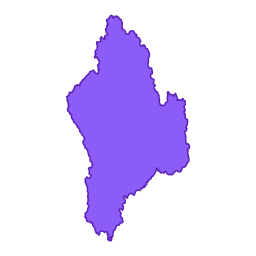 Puta-O, Kachin, Myanmar (Equal Earth projection)
{"feature_id": "60261553B82845282425117", "entity_name": "Puta-O", "entity_type": "district", "adm_level": 2, "iso_a3": "MMR", "parent_name": "Myanmar", "parent_adm1": "Kachin", "projection": "equal_earth", "projection_center": [97.732, 27.257], "detail": "fine", "context": "isolated", "style": "filled", "palette": "violet", "viewbox_px": 256, "rotation_deg": 0, "n_neighbors": 0, "source": "geoboundaries", "source_scale": "gbopen_adm2", "svg_char_len": 5755}
<svg xmlns="http://www.w3.org/2000/svg" viewBox="0 0 256 256"><path d="M186.3,165.4L187.4,162.6L188.7,161.3L188.9,160.3L188.7,156.9L187.6,153.5L188.1,150.8L187.4,149.9L188.0,148.9L189.3,148.3L189.4,145.5L187.7,143.6L186.8,144.1L186.0,143.4L185.6,138.7L185.9,137.8L185.3,134.2L184.6,132.6L185.1,131.3L186.6,130.6L186.2,129.6L186.9,128.4L186.1,127.7L186.1,126.4L187.2,124.9L187.1,124.0L187.7,121.6L187.6,121.0L187.2,120.6L187.3,119.4L185.4,118.4L184.9,116.8L185.3,115.9L185.2,113.8L184.1,113.1L184.3,111.1L185.2,110.7L185.0,109.3L184.1,107.6L184.3,105.4L185.3,104.6L184.9,103.0L185.2,101.7L185.1,100.9L184.1,100.6L183.2,99.0L182.8,98.7L182.0,99.1L181.7,100.6L179.0,99.6L178.4,99.6L178.3,100.3L177.6,100.5L177.3,100.2L177.4,98.7L175.7,93.7L175.3,93.5L174.3,94.5L174.3,95.7L173.8,95.9L173.1,95.4L172.6,95.6L172.1,94.7L169.9,94.3L169.1,92.8L168.2,91.8L167.7,91.9L167.3,92.7L167.8,94.7L167.2,98.0L167.6,100.3L167.3,101.8L165.3,103.0L164.8,104.8L163.6,105.7L162.0,105.0L161.2,105.5L160.0,104.5L160.0,103.7L159.4,102.5L159.4,98.8L158.8,97.0L158.9,95.0L158.1,94.6L157.8,92.8L157.3,92.1L156.7,92.3L156.4,91.3L154.7,89.7L154.4,88.5L153.8,88.0L154.0,86.9L154.5,86.2L155.2,85.9L155.3,85.4L154.5,84.4L153.5,83.8L153.4,82.2L153.9,81.0L153.9,79.3L152.6,79.0L151.0,77.6L150.3,75.7L150.7,75.3L151.1,73.8L152.3,73.7L152.3,71.2L151.5,68.1L149.1,67.9L148.1,66.0L147.9,63.5L148.4,62.6L148.6,60.9L148.2,60.2L148.2,59.0L148.9,57.6L149.6,54.2L148.0,50.0L147.0,48.6L145.3,48.0L145.1,46.0L144.2,45.0L142.4,45.2L142.6,46.1L141.2,46.3L139.9,44.7L139.6,44.0L140.1,42.0L140.7,41.4L139.8,39.0L138.6,37.5L137.4,37.4L136.3,36.7L136.2,36.2L136.8,35.5L136.7,34.9L136.4,34.4L136.0,34.5L135.3,34.0L133.2,30.8L130.6,31.0L129.2,32.2L129.0,34.1L125.8,33.8L125.5,31.7L124.2,30.1L123.5,29.8L122.1,28.4L122.0,27.9L122.4,27.0L122.0,25.9L122.2,22.8L121.1,19.5L119.1,18.8L118.8,17.3L117.7,17.1L117.0,16.1L116.5,16.5L115.1,16.2L114.5,17.4L113.3,17.8L112.6,17.5L113.0,16.9L112.3,15.8L111.4,15.4L110.7,15.6L109.7,17.1L109.1,17.4L108.7,18.6L108.0,19.2L108.0,19.5L106.8,19.5L106.6,19.9L106.9,21.9L107.4,23.3L108.1,24.1L106.9,25.2L106.7,26.0L107.1,26.6L106.7,28.0L105.5,29.1L105.5,29.5L106.6,33.1L107.9,34.2L106.8,35.4L105.5,35.4L104.7,36.3L104.5,37.2L105.3,38.5L104.8,38.5L104.2,39.3L102.3,38.0L101.7,36.9L101.2,37.1L100.2,38.6L101.0,40.7L100.8,41.1L99.2,42.2L97.7,41.8L96.8,42.0L96.6,44.3L97.6,45.5L97.1,47.2L97.3,48.6L96.9,49.7L95.6,50.4L95.2,50.9L95.4,51.7L95.2,52.8L95.8,53.8L95.3,54.0L95.5,55.2L94.8,56.1L94.4,57.3L94.8,57.8L95.9,57.8L96.9,57.1L98.5,60.3L99.6,61.6L99.1,62.7L99.0,64.1L97.7,65.0L97.7,66.3L98.6,67.1L98.0,68.8L98.3,69.3L99.3,69.5L99.1,70.1L98.3,70.4L98.6,72.2L97.8,73.9L94.8,72.5L94.9,71.8L93.4,70.2L91.9,71.2L91.2,71.1L90.0,71.6L89.3,73.2L84.6,78.0L84.6,78.6L84.1,79.3L82.7,79.7L82.5,80.4L80.2,83.0L80.1,84.6L79.7,85.6L77.9,84.7L77.0,85.5L76.6,85.1L75.1,85.8L74.6,86.5L74.4,88.0L73.2,90.1L72.8,91.6L72.3,91.6L71.6,92.6L70.4,92.3L69.3,92.5L69.4,93.7L69.0,94.9L68.4,95.0L68.4,95.9L66.7,96.6L66.6,97.1L67.6,99.0L67.0,100.4L68.0,101.2L67.8,102.2L68.3,103.4L68.2,105.0L69.1,105.7L68.0,107.5L67.5,110.2L67.6,110.7L69.4,112.3L69.6,113.6L71.4,115.0L71.6,116.4L71.4,117.2L72.6,119.7L73.3,120.0L73.8,122.3L75.7,123.4L76.6,125.4L77.4,126.0L77.3,126.8L79.6,129.4L79.8,131.6L81.7,133.6L82.0,134.9L83.4,136.1L83.7,137.1L84.4,137.7L84.6,138.4L84.3,139.4L83.7,140.0L82.8,142.1L83.7,144.6L85.0,146.4L85.0,147.9L86.4,148.7L86.7,149.5L87.5,150.2L88.8,155.8L90.2,157.6L90.1,159.3L90.4,160.4L90.1,160.9L91.7,162.2L92.1,163.0L92.0,164.8L92.5,165.8L91.7,167.3L91.1,167.7L90.9,167.3L89.2,167.6L88.5,168.7L89.3,170.5L89.2,173.9L90.8,175.1L90.7,176.8L89.3,178.1L87.7,177.7L86.9,177.0L86.4,178.0L85.5,178.5L85.2,179.9L85.5,181.1L85.2,182.4L85.8,182.9L85.9,184.0L87.5,187.3L87.4,191.2L88.5,193.9L87.9,194.8L87.7,196.3L88.2,200.5L87.3,203.8L88.8,205.7L88.9,206.6L87.9,208.0L87.6,210.1L86.6,212.4L85.7,212.7L85.1,213.4L85.4,215.9L84.9,217.0L85.4,217.1L86.7,219.3L86.4,219.7L86.7,220.9L87.3,221.6L88.9,221.5L91.2,223.0L92.0,222.3L92.7,222.9L92.6,224.2L92.9,225.6L94.7,227.9L95.5,231.2L95.9,231.7L95.9,232.5L96.7,233.4L97.1,232.9L97.8,233.2L98.8,235.0L99.6,234.3L99.8,231.9L101.4,230.9L102.8,231.2L104.5,232.4L105.4,231.6L105.5,231.8L106.1,231.5L106.7,231.8L107.0,233.0L107.8,233.5L107.5,234.5L107.9,234.5L107.7,234.8L108.3,235.7L108.0,236.3L108.3,236.7L108.0,237.9L107.8,237.9L108.2,239.0L107.9,239.5L108.8,240.3L108.8,239.6L109.3,239.5L109.9,240.4L110.9,240.6L111.4,240.4L111.6,239.2L111.1,238.2L110.2,238.0L110.1,237.4L110.3,236.9L111.2,236.6L112.0,237.4L112.6,236.7L112.9,235.7L112.8,234.7L113.4,231.2L115.1,229.5L116.7,225.4L119.1,225.1L120.3,223.0L121.9,222.9L122.8,222.0L123.0,221.5L122.3,219.3L122.4,218.3L121.2,217.3L120.4,215.6L121.2,213.5L119.0,209.7L119.3,209.3L121.2,208.9L122.4,210.3L123.2,209.1L123.4,206.4L122.6,205.3L122.4,204.2L123.1,203.6L124.8,203.1L125.2,202.8L125.3,202.2L125.0,199.9L123.7,197.6L123.6,196.6L125.1,196.1L126.5,198.1L126.8,198.1L127.6,197.5L127.8,196.1L128.9,194.4L131.3,193.3L133.9,195.2L134.5,194.7L135.2,192.5L136.4,190.4L138.6,190.0L139.3,190.5L139.8,190.4L140.6,189.9L141.3,188.5L142.4,188.3L142.6,187.3L143.7,187.4L143.6,187.0L144.1,186.4L144.9,186.7L144.9,185.8L145.3,185.9L145.4,185.3L145.8,185.1L145.9,184.3L146.3,183.8L146.6,184.0L146.5,182.7L146.8,182.9L147.1,182.3L147.6,182.2L148.1,181.5L147.9,180.9L148.4,181.0L149.5,179.3L150.9,178.8L151.5,177.8L151.5,176.7L152.8,176.3L154.9,173.3L157.1,168.1L157.5,168.2L158.2,171.1L159.7,171.1L160.2,172.5L160.6,172.8L163.3,172.5L163.9,173.1L164.5,171.9L165.3,171.8L165.6,171.4L166.9,173.1L167.0,173.8L168.7,174.7L169.5,174.5L171.8,174.8L173.0,174.1L173.7,172.9L175.8,171.1L177.6,170.8L178.9,171.9L180.3,171.8L181.3,170.8L182.5,167.7L182.9,167.3L184.5,167.1L186.3,165.4Z" fill="#8b5cf6" stroke="#5b21b6" stroke-width="1.5"/></svg>